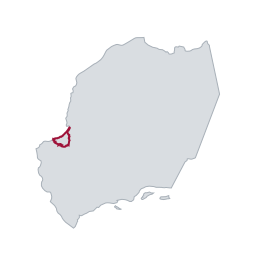 Ludewa, Njombe, United Republic of Tanzania shown in context, rotated 78°
{"feature_id": "72390352B43391507115191", "entity_name": "Ludewa", "entity_type": "district", "adm_level": 2, "iso_a3": "TZA", "parent_name": "United Republic of Tanzania", "parent_adm1": "Njombe", "projection": "natural_earth1", "projection_center": [34.61, -10.023], "detail": "medium", "context": "in_parent", "style": "outline", "palette": "rose", "viewbox_px": 256, "rotation_deg": 78, "n_neighbors": 0, "source": "geoboundaries", "source_scale": "gbopen_adm2", "svg_char_len": 5283}
<svg xmlns="http://www.w3.org/2000/svg" viewBox="0 0 256 256"><g transform="rotate(78 128 128)"><path d="M97.5,183.0L95.0,181.5L92.7,180.6L90.8,179.5L90.0,178.5L88.2,178.1L86.7,178.0L85.2,177.0L82.3,176.7L82.0,176.0L82.0,174.6L81.5,174.3L80.4,173.9L79.3,173.9L78.6,174.1L78.1,174.0L77.2,173.2L76.3,172.2L76.0,170.5L74.7,169.4L73.1,168.6L68.9,168.7L68.2,168.4L67.2,167.6L66.0,166.2L65.0,164.6L64.2,162.4L63.3,159.5L58.4,147.9L57.9,145.7L56.9,143.3L55.4,140.3L53.7,138.1L51.4,136.0L48.9,134.0L47.5,132.7L44.9,127.2L44.3,124.6L43.9,122.0L44.1,120.9L45.7,117.5L45.9,116.5L45.7,115.2L44.9,112.5L43.8,109.2L41.7,103.2L41.4,101.7L41.5,100.5L42.7,94.4L42.7,93.6L47.6,93.7L51.1,91.0L54.2,87.0L54.9,85.3L56.1,82.8L57.4,81.5L57.8,80.6L58.6,78.0L60.2,76.3L61.8,75.0L61.4,74.0L61.7,73.7L62.5,73.0L64.2,72.4L64.6,71.0L64.6,69.5L64.3,68.7L64.3,67.7L64.1,67.1L63.0,67.0L61.3,66.2L59.9,65.9L59.0,65.5L58.7,65.1L58.5,64.2L59.3,61.9L58.5,60.9L60.2,57.1L60.5,56.6L61.2,56.5L62.1,56.1L63.0,55.9L63.8,56.1L64.3,55.9L64.8,55.5L65.2,54.2L65.6,52.0L65.4,50.2L64.7,48.8L64.5,46.7L64.8,43.8L64.6,41.5L63.8,39.6L63.0,38.5L61.7,38.0L59.8,35.1L59.2,33.7L59.3,32.8L60.0,32.5L61.2,32.6L62.4,32.3L63.5,31.5L64.5,31.2L65.1,31.4L113.9,31.4L171.0,68.2L171.3,68.7L171.7,71.9L171.6,72.9L170.8,74.8L170.5,75.7L170.5,76.4L170.7,76.6L171.5,76.7L172.1,77.2L172.3,77.5L172.8,78.9L173.4,79.6L195.1,97.7L195.6,97.9L195.3,99.5L194.1,103.1L194.0,104.7L193.5,106.5L193.0,107.7L191.8,112.9L190.7,114.8L189.3,119.3L189.1,122.8L189.8,125.2L190.1,127.5L191.8,129.8L193.1,130.5L194.0,131.6L195.6,133.9L196.5,136.2L199.4,137.4L200.6,140.0L200.1,141.8L198.8,143.3L197.5,145.7L196.5,148.9L196.5,153.8L197.2,153.1L198.7,154.3L198.9,157.8L197.3,162.0L196.8,164.0L196.7,165.6L197.8,170.7L199.6,173.2L199.4,174.0L199.0,174.7L201.9,179.2L201.6,183.1L202.7,186.1L203.2,188.8L203.9,190.8L204.1,192.2L203.2,193.8L205.3,194.1L206.6,195.4L207.2,196.6L208.7,196.6L209.5,197.4L210.7,198.1L213.4,200.1L214.1,201.2L214.6,202.1L207.2,208.6L204.5,210.2L202.6,211.0L200.6,211.4L198.6,212.4L196.8,214.0L194.5,214.8L191.6,214.8L188.6,215.9L183.9,219.3L181.2,217.4L179.0,216.8L176.6,216.9L175.1,217.1L174.5,217.5L174.1,218.7L173.7,220.5L172.0,222.3L169.2,224.0L166.6,224.7L164.2,224.2L162.6,223.5L161.7,222.5L160.5,222.1L158.8,222.1L157.3,222.8L155.7,224.2L153.3,224.8L150.0,224.6L148.3,223.9L148.0,222.8L146.6,221.5L143.9,220.0L142.0,220.0L140.7,221.4L139.6,222.3L138.6,222.7L137.6,222.7L136.3,222.4L132.6,222.2L129.2,222.3L128.8,220.2L128.1,218.9L127.5,218.2L126.3,218.0L126.0,217.4L125.6,216.1L125.0,215.0L124.2,214.1L123.7,213.3L123.6,212.5L123.7,211.6L124.4,209.5L124.7,208.1L124.6,206.6L124.2,205.1L123.4,203.2L123.4,202.7L123.2,201.5L123.1,200.6L123.3,199.5L123.1,198.1L122.4,195.1L122.4,194.3L121.7,192.8L119.4,189.4L119.3,188.9L115.7,185.4L114.2,184.6L113.7,185.3L113.5,185.9L113.7,187.0L113.6,187.6L113.4,187.8L112.6,187.8L112.0,187.7L110.7,186.7L109.6,186.5L107.0,186.7L106.0,186.9L105.3,186.7L103.9,185.1L102.3,184.7L100.8,184.6L98.4,182.8L97.5,183.0ZM199.8,124.7L201.0,128.5L200.8,129.2L200.0,129.7L199.6,129.7L199.0,129.1L198.7,127.8L198.0,128.1L197.0,126.6L195.9,126.5L194.9,124.7L195.3,123.0L195.1,120.3L196.3,118.9L196.9,116.5L197.7,118.1L197.8,120.7L198.8,123.6L199.8,124.7ZM205.6,101.8L205.7,102.7L205.5,103.6L205.5,106.3L205.4,108.1L204.5,110.6L203.8,111.5L203.1,111.2L202.6,110.8L202.2,110.1L203.0,105.5L202.6,102.2L204.3,102.5L205.6,101.8ZM203.1,157.2L202.2,157.5L201.9,157.2L201.4,156.5L202.3,155.8L203.2,154.6L205.2,152.8L206.1,151.3L206.0,152.7L204.8,155.8L203.9,156.0L203.1,157.2Z" fill="#d9dde1" stroke="#a8b0b8" stroke-width="1"/><path d="M115.4,185.3L117.0,186.7L119.4,189.4L119.5,189.9L121.0,192.0L121.3,192.7L122.1,193.5L122.2,193.8L122.1,194.0L122.7,194.9L122.6,195.1L122.6,195.5L122.4,195.9L122.5,196.2L122.7,196.5L123.1,197.3L123.1,197.6L123.1,197.8L123.1,198.2L123.1,198.4L123.3,198.8L123.4,199.3L123.2,199.9L123.0,201.5L123.2,202.0L123.3,201.9L123.5,202.0L123.4,202.2L123.5,202.4L123.5,202.6L123.2,203.0L123.1,203.3L123.5,203.3L123.8,203.2L123.8,203.3L124.0,203.3L124.1,203.5L124.2,203.4L124.9,203.4L125.1,203.2L125.2,202.9L125.5,203.0L126.2,202.6L126.4,201.7L126.8,201.8L126.9,202.0L127.0,202.6L127.6,202.2L127.8,201.9L127.9,201.4L128.3,201.2L128.5,200.8L128.7,200.7L129.1,199.9L129.3,199.8L129.4,199.4L129.6,199.5L129.8,199.3L130.0,199.4L129.8,198.9L129.8,199.1L129.7,199.1L129.7,198.9L129.8,198.8L129.8,198.5L130.0,198.5L129.5,197.9L129.6,197.7L129.6,197.4L129.7,197.2L129.9,197.2L130.0,197.1L130.4,197.1L130.3,196.9L130.4,196.7L130.6,196.8L130.8,196.5L130.9,196.8L131.1,196.7L131.2,196.9L131.4,196.8L131.5,196.9L131.8,196.6L131.5,196.4L131.8,196.2L131.9,196.3L131.9,196.7L132.0,196.8L132.1,196.7L132.5,195.9L132.6,195.4L132.8,195.2L133.1,194.2L133.2,193.4L132.9,193.0L132.9,192.7L132.7,192.6L132.4,192.2L132.5,191.9L132.4,191.7L132.6,191.2L132.6,190.8L132.1,190.6L132.1,190.3L131.5,189.7L131.9,189.5L128.6,188.3L127.9,187.7L127.1,188.0L126.4,187.8L125.8,188.1L125.6,188.1L125.4,188.0L125.4,187.8L125.1,187.8L124.4,187.5L124.3,187.0L124.0,186.9L123.0,187.2L122.8,187.4L122.6,187.4L122.3,187.1L121.7,187.7L121.3,187.9L120.6,187.9L120.2,188.1L119.6,188.5L119.2,188.5L118.7,188.0L118.2,186.9L117.6,186.3L116.2,185.2L115.8,184.9L115.7,184.9L115.6,185.1L115.4,185.3Z" fill="none" stroke="#9f1239" stroke-width="2"/></g></svg>